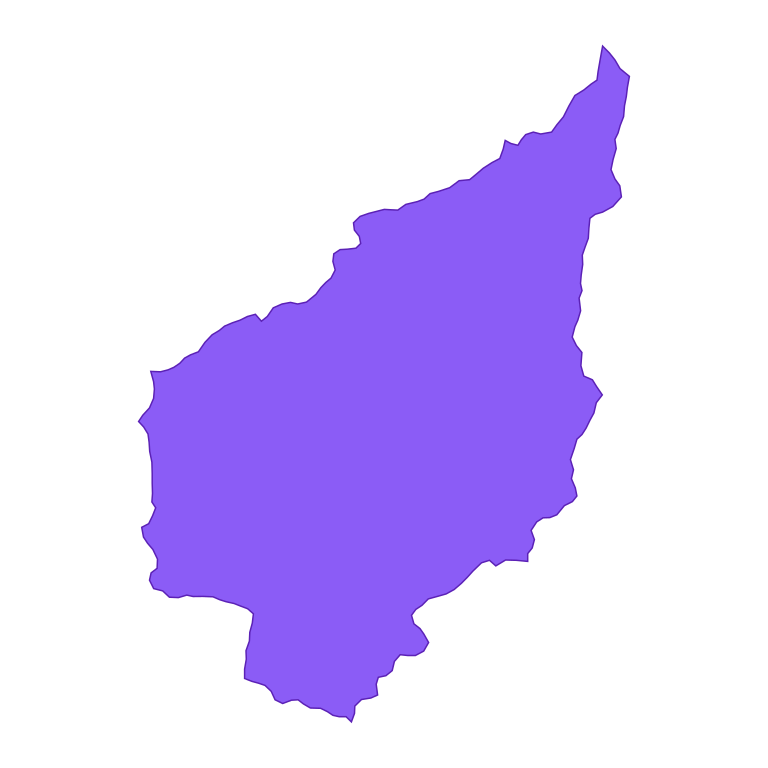 Nova Módica, Minas Gerais, Brazil (Mercator projection)
{"feature_id": "56859067B57192230716204", "entity_name": "Nova Módica", "entity_type": "district", "adm_level": 2, "iso_a3": "BRA", "parent_name": "Brazil", "parent_adm1": "Minas Gerais", "projection": "mercator", "projection_center": [-41.519, -18.438], "detail": "fine", "context": "isolated", "style": "filled", "palette": "violet", "viewbox_px": 768, "rotation_deg": 0, "n_neighbors": 0, "source": "geoboundaries", "source_scale": "gbopen_adm2", "svg_char_len": 2939}
<svg xmlns="http://www.w3.org/2000/svg" viewBox="0 0 768 768"><path d="M351.4,721.9L354.5,713.4L354.8,706.1L361.5,699.5L370.9,698.0L377.6,695.0L376.2,684.2L378.3,677.3L385.9,675.7L392.2,670.6L394.4,661.4L400.2,654.7L407.7,655.5L415.4,655.5L423.7,651.1L428.6,642.5L423.8,634.0L420.0,628.6L413.9,623.8L411.5,615.3L415.8,609.4L422.0,605.3L428.3,598.9L438.5,596.1L446.2,593.9L454.2,589.5L461.6,583.1L467.4,577.2L473.0,571.0L481.5,562.8L489.5,560.3L495.8,565.9L505.6,560.0L516.4,560.3L527.7,561.4L527.7,553.6L532.2,548.0L534.4,539.6L531.1,530.4L536.7,521.9L543.1,517.8L549.8,517.6L556.8,514.8L564.4,505.6L572.4,501.6L576.9,496.0L575.3,487.9L571.4,478.7L573.5,469.8L570.4,459.6L574.2,448.5L576.9,439.2L582.0,434.5L586.1,428.1L590.0,420.1L593.9,413.0L596.3,402.7L602.3,394.9L596.6,386.6L592.4,379.8L583.8,376.1L580.9,365.7L581.9,352.5L576.4,345.6L572.2,337.1L574.9,326.7L577.8,320.2L580.6,310.8L579.1,298.1L582.0,290.6L580.5,283.5L581.2,275.1L582.7,264.4L582.3,255.1L585.1,247.0L588.3,238.3L588.9,228.2L589.9,218.3L595.2,214.3L602.6,212.1L612.8,206.5L621.4,196.9L619.8,185.8L614.9,178.9L611.0,169.6L613.1,159.4L616.2,148.6L614.9,139.4L618.0,133.1L620.2,125.4L623.6,116.6L624.5,105.8L626.3,96.6L627.4,87.4L629.4,76.4L620.0,68.6L614.9,59.9L609.5,53.1L602.6,46.1L600.4,58.3L598.1,71.5L597.0,80.1L591.1,84.1L583.8,90.0L574.9,95.5L569.0,105.8L563.4,116.9L557.0,124.6L551.6,132.1L540.7,134.0L533.3,132.1L525.7,134.6L521.4,139.7L517.9,145.3L510.9,143.5L505.2,140.4L503.2,149.1L499.8,158.5L492.0,162.6L483.3,168.2L475.9,174.5L469.6,179.7L459.1,180.7L449.7,187.7L438.5,191.4L430.1,193.6L424.1,199.1L417.4,201.6L405.8,204.4L397.8,210.1L391.2,209.8L384.3,209.4L376.9,211.3L368.7,213.4L360.1,216.4L353.5,222.8L354.4,230.1L359.3,236.4L360.7,243.5L355.9,248.2L347.2,249.2L340.1,249.6L333.8,253.8L332.9,261.4L335.2,270.0L331.0,278.1L325.8,282.5L320.9,287.6L316.0,294.3L306.5,302.1L297.7,304.0L290.5,302.4L282.0,304.0L273.3,307.8L267.3,316.5L261.4,321.2L255.4,314.3L247.4,316.5L240.0,320.2L232.4,322.8L224.6,326.1L219.4,330.4L212.1,334.8L205.0,342.3L198.4,351.8L190.6,354.8L184.6,358.1L179.9,363.2L173.9,367.3L167.9,369.9L160.5,371.8L150.8,371.4L153.6,381.7L154.4,389.0L153.6,398.4L149.5,407.9L142.8,415.2L138.6,421.5L143.7,427.0L148.0,434.0L149.1,442.2L149.7,451.4L151.9,462.2L152.2,473.3L152.2,483.2L152.5,493.5L151.9,502.0L155.7,507.8L152.6,515.7L148.7,523.7L141.7,527.3L143.5,537.1L147.6,543.3L152.9,549.5L157.5,559.1L157.1,568.3L151.1,572.9L149.5,580.2L153.7,588.6L162.7,590.9L169.4,597.2L178.4,597.6L186.8,595.1L193.1,596.5L202.9,596.4L213.0,596.8L219.7,599.7L226.0,601.7L234.1,603.5L240.4,606.0L247.6,608.7L253.4,613.8L252.3,623.1L249.8,632.3L249.4,641.1L246.0,650.7L246.3,659.2L244.6,669.1L244.6,678.5L252.0,681.4L258.6,683.2L265.0,685.4L271.2,691.3L275.1,699.8L282.7,703.5L291.4,700.2L298.1,699.8L303.4,703.9L310.4,708.0L320.6,708.3L327.5,711.7L332.9,715.3L339.1,716.7L346.1,716.7L351.4,721.9Z" fill="#8b5cf6" stroke="#5b21b6" stroke-width="1.5"/></svg>